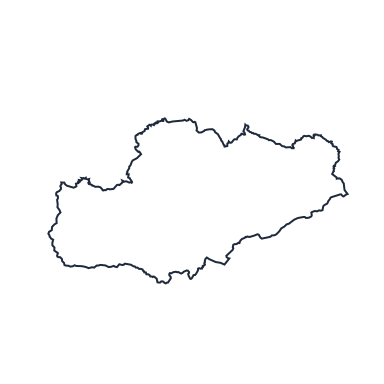 outline of Libano, Tolima, Colombia, rotated 242°
{"feature_id": "7082276B41774659854292", "entity_name": "Libano", "entity_type": "district", "adm_level": 2, "iso_a3": "COL", "parent_name": "Colombia", "parent_adm1": "Tolima", "projection": "natural_earth1", "projection_center": [-75.046, 4.876], "detail": "fine", "context": "isolated", "style": "outline", "palette": "slate", "viewbox_px": 384, "rotation_deg": 242, "n_neighbors": 0, "source": "geoboundaries", "source_scale": "gbopen_adm2", "svg_char_len": 6079}
<svg xmlns="http://www.w3.org/2000/svg" viewBox="0 0 384 384"><g transform="rotate(242 192 192)"><path d="M221.2,270.0L221.9,270.7L222.3,272.0L223.0,272.5L224.4,272.4L225.4,271.0L226.4,270.7L224.4,269.3L221.5,265.9L219.9,266.3L217.9,265.8L218.2,264.8L220.1,263.5L220.2,262.9L219.4,261.8L219.3,259.7L218.6,257.6L217.4,256.2L218.5,254.6L218.6,253.7L217.1,250.2L217.3,249.3L217.7,248.7L219.4,248.2L218.3,247.2L218.2,246.0L216.0,244.7L216.8,242.1L218.0,242.6L218.5,242.1L222.6,242.4L223.6,241.9L225.4,242.4L226.2,242.1L230.8,242.0L234.2,240.4L235.6,240.7L237.9,239.5L239.7,235.5L240.6,232.1L240.2,231.4L240.2,228.3L241.2,226.0L244.1,224.9L246.1,226.4L252.0,227.7L252.7,227.3L252.9,226.0L253.4,225.6L255.9,225.0L257.9,223.8L257.1,222.4L257.5,220.5L259.3,219.3L259.3,217.7L263.4,207.9L264.3,204.3L265.9,202.9L269.4,202.8L269.9,202.2L269.5,200.6L270.2,200.1L270.2,199.7L269.4,199.5L269.0,200.6L268.2,200.0L269.3,198.2L269.6,196.3L270.6,194.7L270.3,194.3L269.4,194.7L269.0,193.9L269.1,193.2L270.2,192.5L269.8,191.9L270.2,191.3L270.1,190.7L269.1,190.4L268.9,189.8L269.8,189.3L270.6,187.8L270.6,187.1L269.9,186.7L271.3,186.0L270.9,183.3L269.2,183.4L268.5,182.9L269.5,180.0L268.1,178.8L268.1,176.6L267.0,175.1L267.4,174.4L268.2,174.7L268.5,173.5L268.6,171.7L268.0,170.7L268.4,170.0L267.9,168.3L265.2,167.0L263.3,166.9L262.2,166.3L259.6,167.4L258.2,166.5L257.6,165.1L258.5,163.4L258.4,162.8L256.2,162.3L252.6,163.4L252.6,164.2L251.8,164.5L249.3,164.8L247.7,159.2L247.7,154.6L247.0,153.1L244.5,150.3L243.8,148.4L242.5,147.8L240.4,144.3L239.5,144.1L239.3,143.4L238.3,142.7L237.3,144.4L234.8,142.4L233.2,143.6L232.4,143.4L229.8,143.8L228.9,143.7L228.5,143.0L229.5,142.3L229.8,141.0L232.3,139.0L232.9,137.2L234.7,135.9L233.2,135.8L233.3,134.7L232.7,134.0L232.6,132.5L232.1,131.3L233.2,129.9L233.4,128.9L231.6,124.2L232.9,120.7L233.8,119.8L234.4,118.5L234.1,116.7L234.8,115.6L235.0,114.3L235.6,113.9L236.1,114.1L239.2,113.3L240.8,111.6L242.0,109.0L243.6,108.0L244.6,106.8L245.4,106.9L247.2,105.0L247.8,105.7L248.3,104.7L249.0,104.9L249.6,106.3L250.9,106.4L251.8,107.2L252.2,105.7L253.3,104.6L254.4,104.9L254.2,103.5L255.3,102.8L255.4,102.0L256.1,101.1L254.8,101.3L254.3,99.7L255.7,97.8L255.0,97.6L254.0,98.1L253.7,97.8L253.6,97.3L254.2,96.5L253.5,96.5L253.2,95.8L253.7,95.2L253.5,94.5L253.8,93.4L251.4,92.7L251.2,91.2L251.4,89.5L256.4,84.4L258.8,83.5L260.2,83.7L261.8,81.0L260.1,80.6L259.4,78.9L258.8,78.4L257.2,78.4L256.2,77.7L255.2,75.4L255.3,72.5L254.6,71.4L252.7,70.6L251.6,71.6L250.3,71.2L249.2,70.5L248.4,69.2L244.1,67.6L241.6,66.0L238.6,66.5L235.7,66.3L234.5,62.6L232.2,59.8L228.1,57.9L228.0,55.4L226.9,52.1L224.1,50.2L224.0,47.2L222.6,45.6L220.7,45.8L219.3,45.3L218.3,45.7L217.2,45.6L215.1,47.0L212.5,44.7L210.4,43.7L207.6,44.5L205.0,42.9L201.0,44.9L199.0,42.9L198.2,42.8L197.3,43.3L196.3,45.0L193.8,45.7L192.0,44.9L189.4,45.7L187.4,45.1L186.4,45.9L184.7,48.5L183.2,49.6L182.4,51.9L182.4,54.0L181.1,55.0L178.1,60.1L175.6,63.1L173.3,65.0L172.5,68.4L171.2,70.1L171.8,73.3L171.0,74.8L170.7,76.8L167.8,81.1L164.8,83.2L163.9,85.6L163.5,88.2L162.4,88.8L160.9,90.4L162.3,93.9L160.2,96.2L159.8,97.8L160.3,98.7L160.0,99.4L156.4,104.0L153.9,105.4L153.2,106.5L151.6,106.9L150.8,108.4L148.9,109.2L148.2,110.7L146.7,112.0L145.1,111.9L144.4,112.5L143.5,112.1L142.6,113.5L140.8,113.1L139.8,114.8L138.4,115.6L137.0,115.5L136.3,116.9L135.4,117.3L135.4,118.4L134.8,119.0L131.9,120.1L128.5,119.1L127.5,120.3L127.0,121.7L127.5,122.8L127.2,123.6L126.4,124.6L124.7,125.0L123.6,126.0L123.8,127.2L123.3,128.3L125.7,132.7L127.0,133.3L129.3,132.9L130.5,133.7L130.8,134.4L129.9,135.6L130.0,137.8L129.1,140.4L128.1,141.2L127.7,142.4L125.1,144.1L125.0,145.7L125.5,147.1L125.2,150.5L124.4,151.5L122.6,151.8L122.0,151.4L121.4,150.1L119.5,149.7L116.3,149.7L115.8,150.1L115.9,151.3L117.9,154.4L117.3,155.8L117.8,157.1L120.0,160.5L121.5,161.4L121.3,162.7L120.4,163.4L119.7,164.8L120.6,165.4L120.4,166.0L120.7,166.6L121.7,166.9L121.4,168.2L121.6,169.0L122.1,169.5L122.9,169.2L123.9,169.9L124.1,170.6L125.2,171.0L126.5,172.3L127.2,174.3L124.6,175.7L119.0,180.1L116.1,183.9L112.7,186.6L115.8,193.7L116.6,192.8L118.2,192.0L119.5,192.3L121.8,200.7L123.0,202.1L124.0,202.0L126.0,203.7L126.0,205.0L125.1,206.9L125.4,208.3L124.7,209.8L125.4,210.0L125.5,210.9L126.4,211.9L127.1,214.3L126.7,216.8L127.2,218.1L126.6,218.8L126.8,219.8L125.3,221.6L124.3,226.4L124.0,229.8L123.0,230.9L119.7,231.0L118.1,231.7L115.9,239.3L115.7,240.4L116.2,242.0L115.3,243.9L115.0,245.3L115.2,247.2L116.3,250.6L118.0,253.8L118.1,257.2L119.0,260.4L118.5,262.7L119.6,269.1L119.3,273.4L117.5,279.0L117.0,279.8L115.6,280.4L114.4,283.1L114.4,285.6L114.7,286.3L115.5,287.0L117.7,287.6L118.0,288.1L117.6,291.4L116.2,293.4L116.1,295.6L115.0,297.0L114.7,298.7L117.8,301.2L118.3,302.7L118.3,306.0L120.2,308.4L120.9,310.3L121.8,311.3L122.0,312.5L120.3,321.7L120.0,322.5L117.5,323.2L116.9,323.8L117.4,326.8L117.2,328.4L122.1,327.6L128.3,330.0L129.9,329.7L132.5,329.9L134.7,328.8L134.9,327.9L135.5,327.4L135.8,326.0L137.0,326.5L142.0,324.2L143.3,325.8L143.8,327.1L144.8,327.2L145.8,328.5L146.6,328.2L147.1,329.0L147.9,329.0L147.8,330.2L148.6,330.0L148.6,331.0L150.3,332.7L150.6,335.4L151.6,337.3L153.5,337.4L154.6,338.4L157.0,339.3L158.2,341.1L159.3,340.1L160.3,341.2L161.7,340.3L163.9,340.7L166.2,338.1L167.4,338.1L168.1,338.7L169.6,337.8L170.8,339.1L171.5,338.3L171.8,336.2L173.3,335.8L173.8,335.1L175.4,334.7L178.7,332.8L179.5,332.9L180.7,332.0L181.5,332.4L182.7,330.1L183.6,329.7L185.0,327.8L185.4,326.7L185.2,326.2L184.3,326.8L183.8,325.6L182.5,324.8L183.3,324.2L183.3,323.3L185.4,322.6L186.8,321.5L187.5,319.2L188.9,317.4L188.9,316.5L188.1,315.0L188.2,313.6L187.3,313.2L187.1,312.8L188.0,308.9L187.9,307.8L188.7,307.6L186.7,305.6L187.0,303.5L186.3,302.6L185.1,302.8L184.2,302.3L183.2,302.6L182.9,302.2L183.9,300.6L185.4,300.0L187.3,295.8L188.9,294.9L190.1,293.2L193.3,292.0L195.0,288.7L198.1,287.9L200.7,286.1L201.7,284.2L202.9,283.8L206.8,280.2L208.4,278.0L210.1,277.4L210.6,278.0L211.4,276.8L213.4,275.6L214.6,273.8L215.3,273.7L215.9,272.6L216.7,272.5L218.1,271.1L219.4,270.9L220.3,270.1L221.2,270.0Z" fill="none" stroke="#1e293b" stroke-width="2"/></g></svg>